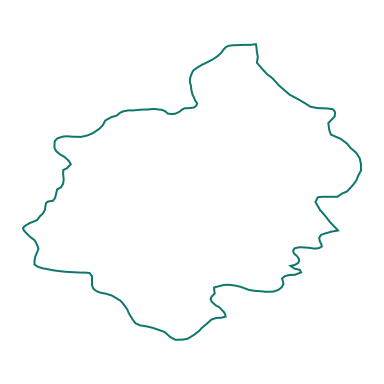 Vietka, Gomel, Belarus
{"feature_id": "67162791B72598168140482", "entity_name": "Vietka", "entity_type": "district", "adm_level": 2, "iso_a3": "BLR", "parent_name": "Belarus", "parent_adm1": "Gomel", "projection": "equal_earth", "projection_center": [31.254, 52.716], "detail": "fine", "context": "isolated", "style": "outline", "palette": "teal", "viewbox_px": 384, "rotation_deg": 0, "n_neighbors": 0, "source": "geoboundaries", "source_scale": "gbopen_adm2", "svg_char_len": 2899}
<svg xmlns="http://www.w3.org/2000/svg" viewBox="0 0 384 384"><path d="M338.0,230.5L337.9,230.3L330.2,222.3L326.0,216.8L320.1,210.0L315.4,202.0L317.9,197.2L322.1,196.8L329.8,196.8L337.4,196.8L342.0,193.6L347.1,191.4L353.0,185.0L356.3,180.5L358.4,175.3L361.0,170.5L360.9,163.8L359.7,158.3L356.3,152.9L350.3,147.7L347.0,143.6L340.6,138.8L330.9,134.6L329.2,129.8L328.3,123.1L334.7,116.4L335.1,112.2L333.0,109.3L326.6,108.4L317.8,108.1L310.6,106.8L305.1,103.3L297.9,99.1L289.5,94.6L278.9,85.4L272.6,78.4L267.1,74.2L261.2,67.8L256.9,62.7L257.8,57.0L256.9,51.9L256.5,47.8L255.9,44.2L250.1,44.9L246.8,44.9L243.3,44.9L238.1,45.1L232.6,45.3L228.3,45.9L225.8,47.2L223.4,49.7L221.7,52.1L220.4,53.6L217.1,56.5L212.4,59.6L207.0,62.4L201.8,64.9L196.9,67.8L193.1,70.7L191.7,73.6L190.1,78.1L189.8,82.1L190.9,85.6L191.4,90.1L192.5,94.7L193.9,97.3L195.0,100.2L197.2,103.5L196.3,105.6L194.1,107.5L189.5,108.1L184.6,108.3L182.4,109.3L179.7,111.6L175.3,113.7L171.5,114.1L167.6,113.5L165.2,111.2L161.6,109.8L153.4,108.9L148.0,109.5L144.4,109.5L139.2,109.8L133.2,110.4L128.0,110.4L123.1,111.4L120.1,112.7L117.4,115.1L116.3,115.8L111.6,117.0L105.3,120.5L102.9,125.1L99.3,128.8L92.8,133.2L87.6,135.4L81.0,136.9L72.5,136.7L67.3,136.3L63.2,136.5L57.5,138.3L54.8,141.0L54.5,144.1L54.5,148.1L56.4,151.4L60.2,154.5L64.6,157.0L68.9,161.0L70.8,164.3L67.0,168.2L63.2,170.1L63.2,175.1L63.7,179.2L63.1,183.8L61.0,187.3L59.8,188.0L57.1,189.4L55.2,197.7L53.0,200.7L47.8,201.6L46.0,203.2L45.3,206.8L45.0,209.7L42.9,213.5L39.9,216.3L37.1,220.1L29.5,223.2L25.3,225.7L23.0,227.9L23.6,230.1L26.5,233.3L30.9,237.5L34.2,239.9L36.0,242.5L37.9,246.8L38.4,249.0L35.2,256.8L34.5,260.7L34.5,264.5L37.3,266.4L37.8,266.8L43.0,268.4L46.6,268.9L52.0,270.1L60.0,271.2L65.7,271.8L73.1,272.2L80.5,272.6L85.4,272.6L89.5,273.0L92.0,276.2L92.0,280.6L92.0,285.2L93.3,288.7L96.6,291.2L100.5,292.7L105.9,293.7L112.0,295.6L115.5,297.7L120.5,300.7L123.5,304.2L127.3,309.4L128.7,313.0L132.5,319.3L135.5,323.3L140.2,325.4L146.7,326.4L153.0,327.9L160.7,330.6L164.3,331.9L167.6,334.6L170.0,336.9L175.2,339.7L175.4,339.8L179.2,339.7L182.6,339.7L187.7,338.7L194.3,334.7L199.1,330.9L201.7,328.0L206.4,324.1L211.5,319.5L216.4,317.9L221.0,317.8L225.6,316.6L225.2,314.3L224.1,312.3L219.4,307.3L215.7,305.3L211.7,301.7L210.6,299.1L211.7,296.5L214.7,293.6L214.3,290.8L214.1,287.5L218.5,286.3L224.1,284.9L230.4,284.9L235.0,285.6L240.6,286.8L244.8,288.4L248.9,289.9L254.3,290.8L260.3,291.2L265.7,291.8L273.4,291.6L278.3,289.9L281.8,287.2L283.4,284.0L283.0,281.6L282.0,278.5L284.8,276.2L289.2,275.0L294.9,274.8L301.1,272.4L299.8,269.8L294.4,268.6L290.5,265.9L294.9,264.9L298.2,262.9L299.1,260.9L298.9,258.8L296.8,255.9L293.9,253.4L293.1,250.6L294.7,248.3L299.5,247.2L303.8,247.4L309.1,247.8L314.3,248.6L318.7,248.2L321.7,246.6L321.7,245.1L319.8,241.2L319.2,237.7L321.2,234.8L325.7,233.3L331.5,231.6L335.7,230.9L338.0,230.5Z" fill="none" stroke="#0f766e" stroke-width="2"/></svg>